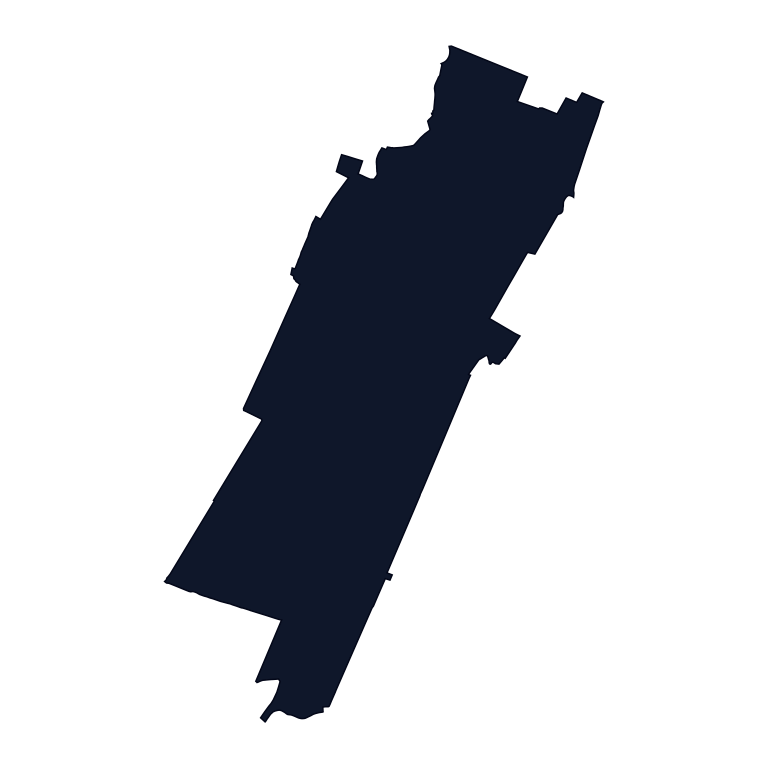 outline of Boranesti, Ialomita, Romania
{"feature_id": "2599482B91770170469714", "entity_name": "Boranesti", "entity_type": "district", "adm_level": 2, "iso_a3": "ROU", "parent_name": "Romania", "parent_adm1": "Ialomita", "projection": "robinson", "projection_center": [26.596, 44.644], "detail": "fine", "context": "isolated", "style": "filled", "palette": "ink", "viewbox_px": 768, "rotation_deg": 0, "n_neighbors": 0, "source": "geoboundaries", "source_scale": "gbopen_adm2", "svg_char_len": 5875}
<svg xmlns="http://www.w3.org/2000/svg" viewBox="0 0 768 768"><path d="M323.1,711.8L323.0,711.4L322.9,709.3L322.8,707.2L323.3,707.0L324.7,706.8L325.9,706.7L327.3,706.7L328.2,706.7L328.6,706.6L329.0,706.4L330.1,704.1L331.4,700.9L335.5,691.6L335.5,691.4L337.7,686.3L365.7,622.3L371.7,608.7L371.8,608.4L372.5,607.3L373.4,606.1L377.2,597.2L385.3,578.6L390.0,580.1L392.2,574.9L387.0,572.9L413.8,510.1L419.9,495.6L420.3,494.1L422.6,489.1L441.2,444.9L459.7,400.7L462.1,395.0L469.2,378.0L470.5,375.3L468.7,374.6L468.5,374.3L478.9,359.7L480.1,359.1L482.6,357.5L483.7,356.9L484.9,356.1L486.0,355.6L486.8,355.5L487.3,355.8L487.7,356.4L488.2,358.0L488.5,359.2L488.9,360.3L489.1,361.4L489.2,362.9L489.5,363.7L489.6,363.9L490.0,364.1L490.6,364.1L491.0,363.7L491.6,362.9L492.4,362.2L492.9,362.2L494.0,362.7L495.5,363.7L499.0,364.1L501.7,360.9L504.3,357.7L505.2,358.3L512.8,346.9L515.4,343.0L516.9,340.4L520.0,336.0L515.3,333.7L513.2,332.5L502.8,326.4L489.4,318.5L494.2,310.6L502.2,296.5L508.2,285.9L514.3,275.4L521.6,262.6L526.5,254.1L527.6,252.4L534.9,254.1L556.8,216.1L557.5,214.7L559.6,213.8L560.6,213.5L561.6,212.7L562.1,212.0L562.4,211.5L562.6,211.1L562.7,210.5L562.9,209.8L562.9,208.7L563.0,207.8L563.1,206.9L563.3,206.0L563.3,205.6L563.3,204.6L563.4,203.1L563.4,202.5L563.6,201.8L563.9,200.8L564.6,199.5L565.4,198.2L565.9,197.6L566.3,197.0L566.9,196.4L567.4,196.1L568.1,195.6L568.8,195.4L570.1,195.6L571.4,196.0L572.8,196.7L573.6,197.3L573.8,195.1L573.9,193.0L573.6,191.0L573.6,189.9L574.1,186.4L574.6,184.3L579.4,170.1L586.5,148.4L591.2,135.1L594.6,125.4L598.1,115.8L599.7,110.1L601.4,104.5L602.2,102.9L603.4,101.9L603.1,101.7L582.2,92.9L582.0,93.2L576.6,102.4L566.1,98.0L557.1,114.0L542.2,108.0L541.4,108.1L541.2,108.0L540.8,108.1L540.6,108.1L539.9,107.9L538.5,108.9L517.3,101.5L521.1,92.4L527.4,77.0L451.4,46.1L450.6,46.2L449.1,46.4L449.3,47.4L449.9,50.3L449.8,52.9L449.5,54.9L448.8,57.0L447.4,59.4L446.5,60.4L445.6,61.3L444.7,61.9L444.1,62.3L443.0,62.8L441.9,63.3L441.2,63.6L441.3,63.7L441.9,65.1L440.8,70.3L439.8,75.5L439.7,75.6L439.2,76.4L438.6,77.0L437.8,78.9L435.9,83.0L435.0,85.3L434.7,86.8L434.6,87.6L434.5,88.4L434.6,89.2L434.7,90.1L434.9,91.6L435.0,92.7L435.1,93.8L435.1,95.5L434.9,98.6L434.7,100.2L434.6,101.1L434.5,102.7L434.2,105.7L434.0,107.9L433.9,110.1L433.6,110.2L433.2,110.5L432.9,111.0L432.8,111.5L432.9,112.3L432.7,113.4L431.6,113.3L431.6,113.7L432.5,115.5L432.5,115.8L432.4,116.2L431.2,117.4L430.1,118.6L429.0,119.5L427.7,121.1L430.1,129.6L429.2,130.7L428.7,131.1L425.1,133.7L422.8,135.8L420.6,137.8L417.7,141.1L414.8,144.3L414.4,144.7L414.3,144.8L414.2,144.9L413.9,145.1L413.4,145.5L412.5,145.7L411.6,145.9L410.7,146.1L408.5,146.5L406.4,146.8L405.3,146.9L404.2,147.0L402.2,147.4L400.9,147.5L394.7,147.9L393.6,148.0L393.3,147.9L392.5,147.7L392.0,147.8L391.9,147.8L391.7,147.8L390.5,147.6L389.5,147.4L387.4,147.1L387.0,148.1L386.5,149.2L386.1,149.5L381.9,147.9L380.6,150.1L379.2,152.3L378.7,153.4L378.2,154.5L377.5,156.4L376.8,158.4L376.7,158.9L376.6,159.4L376.6,159.9L376.5,160.4L376.5,160.9L376.5,161.3L376.4,161.6L376.4,162.3L376.5,163.2L376.5,164.0L376.7,165.8L376.7,167.5L376.7,167.8L376.8,169.1L376.9,170.3L376.9,171.4L377.1,172.2L377.2,173.0L377.2,173.3L377.3,173.6L377.1,174.8L376.7,175.7L376.4,176.1L376.1,176.6L375.9,176.8L375.6,177.1L375.1,177.9L374.5,178.7L374.2,178.9L373.8,179.2L373.5,179.2L373.3,179.3L373.0,179.3L371.7,179.2L369.9,179.2L369.6,179.1L369.4,178.9L366.7,177.8L364.1,176.6L363.5,176.3L362.9,176.0L362.3,175.7L358.1,173.9L360.3,167.5L362.5,161.0L355.1,158.8L347.8,156.5L341.6,154.7L340.5,158.0L339.4,161.3L337.9,166.3L336.4,171.6L348.6,177.8L340.8,188.3L332.6,199.2L330.5,202.6L321.6,217.4L320.4,219.3L320.0,219.0L318.4,218.0L315.9,216.5L314.9,218.6L313.9,220.6L313.0,222.0L312.4,223.3L311.8,224.6L311.5,225.7L310.9,227.5L310.3,229.2L309.7,231.0L309.0,232.8L308.7,234.0L308.4,235.2L308.2,235.9L308.1,236.6L307.2,238.6L306.3,240.6L305.5,242.4L304.7,244.2L304.0,246.0L303.2,247.8L302.7,249.0L302.3,250.1L301.7,251.2L301.2,252.3L301.0,253.1L300.8,254.0L300.4,255.3L300.0,256.5L299.3,258.1L298.5,259.7L297.8,261.9L295.2,268.5L294.4,268.8L292.2,268.0L290.9,274.5L293.5,275.9L293.6,276.3L293.6,276.6L293.7,277.0L293.7,277.3L293.7,277.5L293.8,277.9L293.9,278.7L294.1,278.9L294.3,279.1L294.5,279.2L294.7,279.4L295.1,279.7L295.4,280.4L295.8,281.1L296.2,281.5L296.5,281.8L296.9,282.1L297.8,282.7L298.8,283.5L299.9,284.3L298.8,286.5L293.9,297.6L287.2,312.5L283.4,321.0L270.2,350.7L256.8,379.6L243.5,408.5L243.7,410.4L243.8,410.4L261.4,419.0L261.7,419.2L261.9,420.7L237.7,460.5L213.5,500.4L214.5,500.8L212.6,504.0L199.8,525.1L170.2,574.0L168.2,576.6L167.0,577.8L166.2,580.0L164.6,581.5L166.5,583.0L169.0,583.3L175.5,585.9L182.1,588.6L185.5,590.0L189.0,591.4L190.8,591.8L192.5,591.5L192.9,591.6L193.4,591.6L195.1,592.1L197.0,592.9L198.3,593.7L199.5,594.4L204.0,596.0L205.5,596.4L207.0,596.8L209.9,597.9L212.8,598.7L220.3,601.3L227.8,603.3L229.5,603.7L230.3,603.9L232.3,604.7L236.6,606.1L240.7,607.6L242.2,608.0L242.8,608.0L247.0,609.3L249.7,610.2L250.4,610.5L251.1,610.7L256.9,612.5L262.7,614.3L265.0,615.0L267.2,615.7L274.3,618.0L277.8,619.1L280.4,619.8L281.2,620.0L281.6,620.0L271.7,643.5L255.8,681.3L256.8,682.2L257.0,682.5L258.2,682.1L259.4,681.5L259.8,681.3L261.1,680.8L262.3,680.4L263.3,680.2L264.6,680.1L267.5,679.8L269.9,679.6L271.0,679.5L273.2,679.4L276.1,679.2L278.6,679.0L280.1,681.5L278.6,686.8L276.9,692.2L273.2,700.1L271.0,703.6L268.9,706.1L264.8,711.7L260.6,717.8L265.1,721.9L265.6,721.4L267.1,719.0L268.5,717.1L269.6,715.5L270.8,713.9L271.6,713.3L272.7,712.1L274.7,711.1L276.9,710.5L278.6,710.2L280.1,710.2L281.9,710.8L284.7,712.4L286.8,714.0L287.8,714.5L291.2,714.9L293.2,715.6L294.9,716.3L298.5,717.9L300.4,718.4L301.8,718.6L304.0,718.5L305.3,718.2L306.7,717.6L308.1,716.9L310.7,715.7L313.2,714.3L314.3,713.9L315.8,713.4L319.0,712.6L321.8,712.2L322.9,712.0L323.1,711.8Z" fill="#0f172a" stroke="#020617" stroke-width="1.5"/></svg>